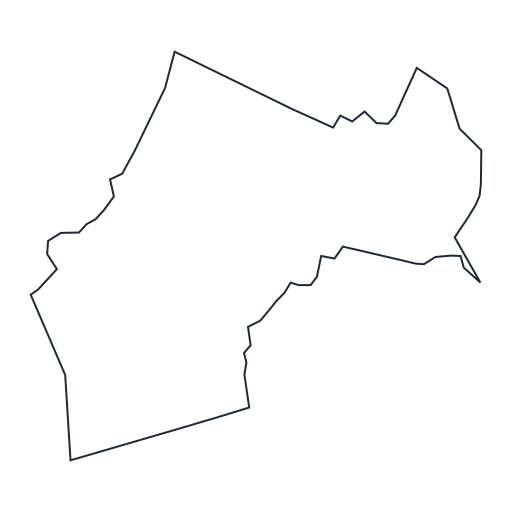 Riacho de Santana, Rio Grande do Norte, Brazil
{"feature_id": "56859067B80998934424853", "entity_name": "Riacho de Santana", "entity_type": "district", "adm_level": 2, "iso_a3": "BRA", "parent_name": "Brazil", "parent_adm1": "Rio Grande do Norte", "projection": "robinson", "projection_center": [-38.322, -6.281], "detail": "fine", "context": "isolated", "style": "outline", "palette": "slate", "viewbox_px": 512, "rotation_deg": 0, "n_neighbors": 0, "source": "geoboundaries", "source_scale": "gbopen_adm2", "svg_char_len": 879}
<svg xmlns="http://www.w3.org/2000/svg" viewBox="0 0 512 512"><path d="M174.6,51.7L165.1,87.9L134.8,150.6L122.2,173.7L110.0,179.4L113.9,196.4L104.1,209.9L95.7,219.1L86.4,224.3L79.0,232.5L60.9,232.9L48.1,240.9L47.1,254.0L56.9,269.1L38.0,289.6L30.7,294.7L65.2,375.0L70.5,460.3L187.7,426.1L204.1,421.2L214.7,418.1L249.2,407.5L244.4,374.5L246.4,362.5L244.0,353.0L250.6,345.3L248.0,326.8L260.2,320.7L270.4,308.6L276.2,301.2L284.2,293.1L290.7,282.6L298.6,285.1L310.7,285.1L316.9,276.7L321.2,256.0L334.5,258.5L342.9,246.6L401.0,260.1L415.5,263.6L423.9,264.2L435.4,257.0L451.0,255.6L460.6,256.0L463.7,267.5L480.4,282.6L454.7,237.4L468.0,217.5L475.6,205.0L479.6,195.8L480.9,183.9L481.3,150.2L459.6,128.7L447.3,88.5L416.8,67.9L395.1,115.6L388.1,123.7L376.5,123.1L364.6,111.5L352.2,121.5L340.3,115.6L333.1,127.6L290.7,108.4L174.6,51.7Z" fill="none" stroke="#1e293b" stroke-width="2"/></svg>